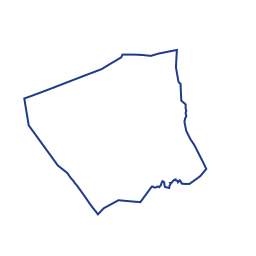 the district of San Juan Lachigalla, Oaxaca, Mexico, rotated 328°
{"feature_id": "50627088B67527227829858", "entity_name": "San Juan Lachigalla", "entity_type": "district", "adm_level": 2, "iso_a3": "MEX", "parent_name": "Mexico", "parent_adm1": "Oaxaca", "projection": "robinson", "projection_center": [-96.544, 16.566], "detail": "fine", "context": "isolated", "style": "outline", "palette": "blue", "viewbox_px": 256, "rotation_deg": 328, "n_neighbors": 0, "source": "geoboundaries", "source_scale": "gbopen_adm2", "svg_char_len": 1899}
<svg xmlns="http://www.w3.org/2000/svg" viewBox="0 0 256 256"><g transform="rotate(328 128 128)"><path d="M98.9,197.2L99.1,197.4L102.5,196.1L116.9,190.4L117.4,190.3L118.1,190.9L118.2,191.1L118.3,191.8L118.8,192.4L119.9,193.1L121.1,193.3L121.7,193.4L122.2,193.3L123.2,194.8L124.2,194.3L125.5,194.0L126.0,193.5L126.7,193.1L127.1,192.5L129.1,191.4L129.6,192.4L129.9,193.1L128.0,197.4L129.1,198.6L131.1,200.7L131.9,199.8L132.8,198.9L133.1,198.7L134.6,198.0L134.6,197.0L135.7,197.5L139.3,196.5L141.0,196.8L140.7,197.6L141.0,197.9L141.2,198.1L141.3,198.2L141.9,198.9L141.6,200.5L144.2,199.8L144.3,201.2L144.4,201.3L144.1,203.7L147.2,206.0L149.8,207.6L150.5,208.0L153.6,207.8L155.4,207.7L155.6,207.7L157.3,207.5L159.8,207.5L161.3,207.3L163.8,207.1L170.3,205.0L172.7,204.2L173.7,195.1L173.7,194.8L173.9,192.5L175.2,177.9L175.0,170.1L175.9,161.3L175.9,161.1L178.7,153.8L179.1,152.9L179.6,152.0L180.5,151.3L181.1,150.5L181.9,149.9L182.8,149.4L183.8,148.6L184.3,147.7L184.4,146.7L184.9,145.7L185.7,145.0L186.5,144.4L186.7,143.4L187.1,142.4L187.6,141.3L189.4,138.6L187.7,133.0L196.0,118.3L195.8,117.8L195.6,117.2L195.4,116.7L195.3,116.1L195.4,115.5L195.6,114.9L195.7,114.5L200.9,101.8L210.8,87.7L193.4,81.1L185.5,78.9L179.3,74.0L173.3,69.8L162.2,62.8L159.8,64.5L146.9,64.2L136.8,64.1L120.4,60.8L102.2,57.3L79.7,53.0L62.0,49.4L55.7,48.0L45.2,73.1L48.5,120.7L48.6,122.5L50.3,127.3L52.7,133.9L52.8,136.8L53.0,140.2L53.1,140.5L53.5,143.2L53.7,144.3L53.6,145.4L53.7,146.4L53.9,147.4L54.4,151.5L54.4,152.4L54.4,153.2L54.6,154.6L54.7,157.4L55.0,161.5L55.0,162.0L55.3,167.3L55.3,168.9L55.4,170.2L55.4,171.6L55.7,174.2L55.7,175.2L55.8,175.7L55.8,176.6L55.8,177.0L56.0,178.2L56.1,178.6L56.1,178.8L56.3,181.0L56.5,181.8L56.5,182.2L56.5,182.6L56.5,183.0L56.6,183.5L56.7,185.3L60.3,184.4L61.3,184.1L63.2,183.6L65.3,183.2L66.6,183.3L81.6,184.2L90.7,191.1L98.9,197.2Z" fill="none" stroke="#1e3a8a" stroke-width="2"/></g></svg>